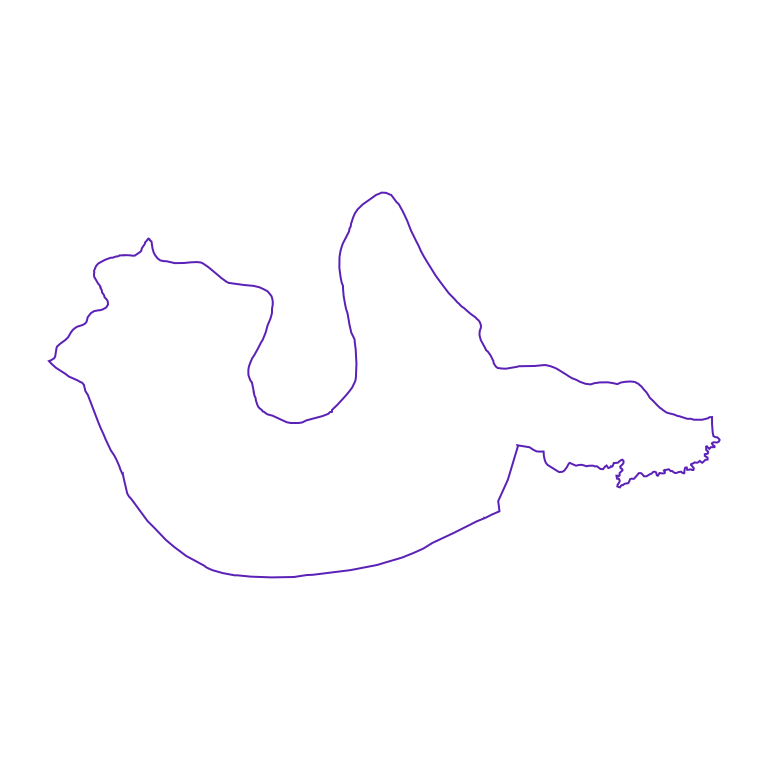 Sami, Central River, Gambia (orthographic projection), rotated 179°
{"feature_id": "56634734B54242206420565", "entity_name": "Sami", "entity_type": "district", "adm_level": 2, "iso_a3": "GMB", "parent_name": "Gambia", "parent_adm1": "Central River", "projection": "orthographic", "projection_center": [-14.663, 13.545], "detail": "fine", "context": "isolated", "style": "outline", "palette": "violet", "viewbox_px": 768, "rotation_deg": 179, "n_neighbors": 0, "source": "geoboundaries", "source_scale": "gbopen_adm2", "svg_char_len": 6096}
<svg xmlns="http://www.w3.org/2000/svg" viewBox="0 0 768 768"><g transform="rotate(179 384 384)"><path d="M56.6,345.2L59.2,345.1L60.7,344.1L64.3,343.2L66.8,342.7L74.8,342.9L78.0,343.9L81.4,343.9L89.2,346.6L90.9,346.9L95.0,348.6L99.1,349.6L102.1,350.6L105.2,352.8L107.4,354.7L108.4,355.2L112.3,359.2L114.7,361.9L118.4,365.5L120.1,368.5L121.8,371.2L124.0,373.6L126.9,377.3L128.8,378.8L129.6,379.8L131.3,380.5L132.7,381.5L135.4,382.0L138.1,382.2L142.7,382.0L147.3,381.3L150.7,379.8L154.6,380.8L160.2,381.8L168.5,381.8L171.1,381.4L173.5,381.2L177.4,380.0L182.5,380.7L188.4,382.9L189.6,383.7L192.3,385.1L195.7,386.4L198.8,388.3L202.0,390.5L211.3,396.4L213.4,397.4L217.3,398.9L222.0,400.1L224.2,400.1L232.9,399.4L249.0,399.4L250.5,398.9L261.7,397.2L264.6,397.3L270.0,398.0L271.9,399.5L273.9,402.7L274.3,405.1L277.0,410.8L279.6,414.6L281.3,416.0L282.5,418.7L286.4,426.1L286.8,427.6L287.6,430.7L287.6,433.4L287.3,435.4L286.1,438.8L286.1,440.8L286.3,441.8L286.8,443.2L287.3,444.5L288.5,446.2L290.0,447.4L291.2,448.9L295.8,452.3L300.0,456.0L302.6,458.5L305.1,460.2L308.0,463.4L309.0,464.1L311.9,467.6L317.6,473.6L324.2,482.6L330.5,491.5L339.0,505.7L341.7,510.4L344.8,516.3L347.0,521.7L349.0,525.6L352.8,533.7L354.1,536.4L355.5,540.1L357.9,546.7L361.3,554.3L362.8,557.5L363.8,559.2L366.0,563.4L368.4,565.8L373.5,572.9L374.5,573.2L378.6,575.1L383.2,575.4L385.2,574.4L388.6,573.2L390.3,572.0L395.4,568.5L402.2,563.9L407.4,559.0L410.3,554.8L412.0,550.9L414.1,544.9L414.6,542.0L415.8,540.0L416.3,537.1L422.9,524.8L424.4,520.4L425.3,517.2L426.3,511.6L426.6,500.8L425.6,492.0L424.6,486.3L423.3,482.8L423.3,479.6L422.8,472.7L421.6,464.9L420.7,460.0L419.2,455.1L417.5,444.0L415.8,435.9L412.7,429.3L412.4,425.4L411.7,419.0L411.2,404.6L412.0,390.8L412.7,387.4L415.9,381.0L419.1,376.9L421.8,373.7L431.3,363.7L436.4,359.0L436.6,357.0L438.3,357.0L440.3,355.1L442.2,354.4L446.4,352.9L462.2,349.0L466.4,347.0L470.0,346.5L477.8,346.6L482.0,347.5L496.3,354.4L499.5,355.2L501.4,355.9L503.1,357.1L504.6,358.4L505.6,358.6L506.8,360.3L509.0,362.0L509.5,362.8L510.2,363.5L511.2,366.0L512.4,369.9L512.6,372.1L513.6,374.3L514.5,378.4L514.3,378.5L516.0,387.8L517.5,389.8L518.2,391.7L519.4,395.4L519.4,400.3L519.1,402.0L518.7,404.0L517.2,407.9L515.4,411.9L512.9,415.6L509.5,421.5L506.1,427.9L504.6,430.1L502.7,434.5L501.2,438.2L499.5,444.3L496.3,451.6L494.8,456.8L494.6,461.7L493.9,464.9L493.8,468.8L494.3,471.5L495.0,473.9L497.0,476.6L498.9,478.8L502.7,480.9L506.9,482.9L512.7,484.4L522.0,485.4L537.5,487.8L539.5,488.8L544.8,492.8L550.0,497.4L557.7,504.0L562.6,507.5L565.0,508.7L569.2,509.2L575.5,509.0L581.6,508.5L591.1,508.5L599.1,510.5L602.1,510.7L605.5,511.5L608.1,513.4L610.8,517.1L612.0,519.6L613.0,523.2L613.5,526.7L614.0,530.6L614.7,531.1L615.7,531.8L615.7,532.6L616.6,533.3L617.1,533.5L619.6,530.4L620.3,529.9L620.6,528.4L623.7,524.0L624.5,521.1L626.2,519.8L631.0,516.7L633.2,516.7L635.9,517.1L637.4,517.2L641.8,517.4L641.8,517.2L646.1,517.2L647.4,516.4L648.6,516.2L649.6,516.2L653.2,515.0L655.2,515.0L660.8,513.0L664.2,511.3L667.8,509.3L670.0,506.7L672.0,502.0L671.7,500.3L672.1,498.9L671.9,496.2L668.2,489.6L667.7,488.9L667.3,488.6L665.6,485.9L666.0,485.2L664.6,483.0L664.3,480.5L662.4,477.8L661.9,475.6L661.2,474.9L659.5,472.9L658.8,471.5L658.5,468.3L660.5,465.3L664.1,463.4L667.3,462.6L668.3,462.7L672.6,461.9L675.8,460.0L679.2,455.8L679.7,453.4L680.5,451.1L682.4,449.2L685.1,448.0L689.7,446.7L691.7,445.5L693.9,443.8L695.8,441.6L699.1,436.1L701.8,433.6L706.9,430.0L710.1,427.3L710.8,425.8L712.3,417.2L713.3,415.5L716.4,413.6L718.6,412.8L715.7,409.6L711.8,406.0L701.8,399.3L699.2,397.1L690.2,392.9L687.5,391.2L686.0,390.7L684.1,388.5L682.6,381.9L680.4,378.5L676.7,368.3L670.1,350.1L667.9,344.5L665.3,338.6L663.3,333.5L658.2,322.2L655.1,317.5L653.1,313.6L650.2,306.7L649.0,303.0L647.1,298.6L646.7,298.9L646.7,298.3L645.2,290.9L642.6,278.9L640.9,275.9L638.7,273.5L622.9,251.2L615.2,243.2L604.8,231.9L596.7,224.8L584.6,215.4L566.8,205.4L565.1,203.9L562.2,202.4L558.3,200.7L548.3,197.7L536.6,195.3L534.2,195.3L520.4,193.7L499.7,192.6L477.3,192.6L464.9,194.3L458.3,194.5L420.7,198.5L393.9,203.2L384.8,205.8L368.8,210.2L357.8,214.4L347.5,218.8L338.5,224.2L316.0,234.3L293.6,245.1L286.0,248.0L286.0,248.3L285.8,248.2L284.3,248.7L278.2,251.7L270.8,254.7L271.3,260.0L271.9,264.8L261.8,286.2L251.3,319.1L251.7,320.4L239.5,318.2L236.3,315.9L232.7,314.0L229.8,313.7L225.6,313.7L225.4,309.3L224.7,305.6L223.7,302.7L222.2,300.5L220.0,299.0L210.5,292.9L207.1,293.1L205.2,294.3L202.7,297.5L200.8,300.9L199.8,301.9L198.6,301.4L196.2,300.2L193.5,299.0L189.8,299.7L187.4,299.7L183.7,298.5L182.8,298.2L180.6,298.7L176.4,298.7L175.0,298.0L172.5,298.0L169.1,295.3L166.5,295.0L164.5,297.5L162.9,298.6L161.2,296.1L159.8,296.4L158.5,297.8L157.6,297.3L156.6,298.3L155.6,301.0L154.4,301.0L151.5,301.2L149.3,303.2L147.1,304.2L145.9,303.0L145.9,301.0L146.6,299.8L149.3,297.3L148.8,295.6L148.1,295.4L147.1,294.4L147.1,293.4L150.0,290.9L150.0,288.5L151.0,287.5L152.0,288.3L153.2,288.3L152.7,285.3L150.5,284.8L150.0,282.9L150.3,281.9L152.2,279.2L152.5,277.5L150.0,276.5L148.3,278.7L146.9,278.7L145.4,279.9L144.4,280.2L141.5,280.6L140.5,282.4L139.6,284.6L138.3,285.0L135.9,284.8L133.9,286.8L130.8,290.4L128.6,290.4L127.4,289.4L125.7,287.2L123.0,287.2L119.3,289.4L118.1,289.7L116.4,291.4L114.9,291.6L113.5,290.9L112.8,288.0L111.8,287.5L110.6,289.2L110.1,290.2L107.1,289.7L105.0,289.9L104.7,290.6L104.7,291.4L105.7,292.4L105.2,293.1L102.8,293.3L100.8,293.8L98.9,291.9L97.6,292.1L96.2,290.9L94.5,289.9L93.5,289.9L90.6,290.9L88.4,291.1L87.4,290.1L85.7,289.4L85.2,289.9L85.2,291.8L84.5,294.8L83.5,295.3L82.8,295.3L82.3,292.8L78.6,293.3L77.2,292.6L76.2,292.6L75.7,294.3L76.9,296.0L78.4,297.7L78.4,298.4L76.0,299.4L74.7,300.2L73.3,299.9L71.8,299.9L69.6,301.6L68.6,300.6L67.2,299.7L65.2,301.4L64.0,302.6L61.8,302.8L61.8,304.8L64.5,306.5L64.5,308.2L61.6,308.7L61.1,310.2L61.6,311.2L63.0,312.4L63.0,315.8L62.3,316.1L59.9,313.4L58.4,315.1L54.7,315.1L54.7,316.3L56.4,317.3L57.2,319.0L55.5,320.0L51.8,319.7L50.3,320.5L49.4,322.2L50.1,323.4L51.8,324.9L53.5,325.1L55.5,326.1L56.2,329.8L56.7,338.1L56.6,345.2Z" fill="none" stroke="#5b21b6" stroke-width="2"/></g></svg>